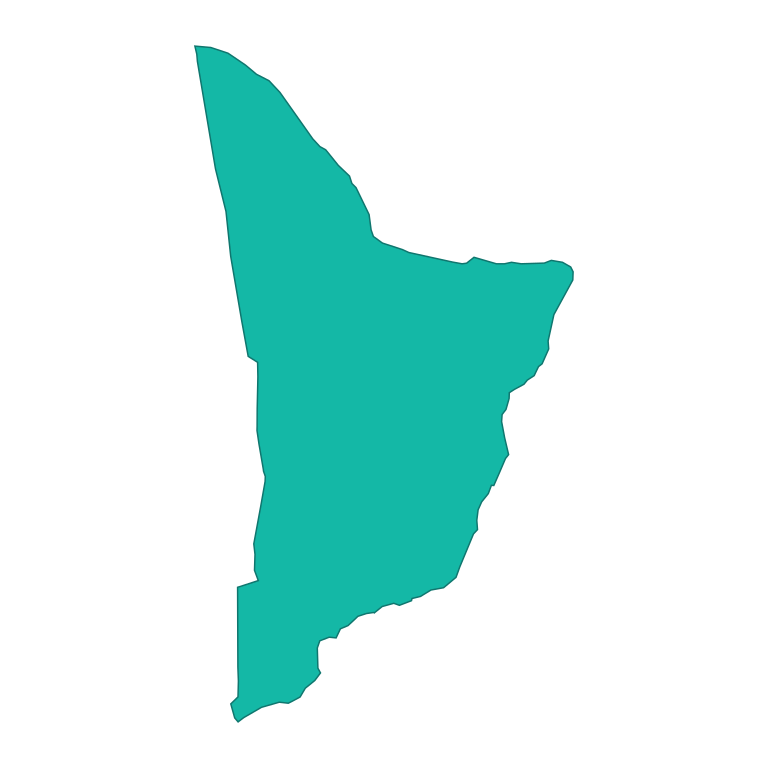 Yigo, Guam (Albers equal-area conic projection)
{"feature_id": "77769853B33377803133936", "entity_name": "Yigo", "entity_type": "district", "adm_level": 2, "iso_a3": "GUM", "parent_name": "Guam", "parent_adm1": "", "projection": "albers", "projection_center": [144.906, 13.57], "detail": "fine", "context": "isolated", "style": "filled", "palette": "teal", "viewbox_px": 768, "rotation_deg": 0, "n_neighbors": 0, "source": "geoboundaries", "source_scale": "gbopen_adm2", "svg_char_len": 1707}
<svg xmlns="http://www.w3.org/2000/svg" viewBox="0 0 768 768"><path d="M237.9,667.2L238.4,681.1L238.0,696.9L230.8,703.9L234.7,717.9L238.1,721.9L241.1,719.6L243.9,717.5L261.5,707.3L279.3,702.2L288.3,703.2L291.7,701.5L300.1,697.0L305.3,688.2L314.8,680.5L320.5,672.9L317.9,668.2L317.3,648.0L319.8,640.8L329.2,637.2L336.1,637.9L340.4,628.8L348.0,625.6L354.9,619.2L357.9,616.3L366.5,613.5L373.5,612.5L373.9,612.6L374.3,612.9L375.1,612.2L375.5,611.9L382.2,606.5L393.8,603.3L399.4,605.3L411.5,600.7L412.0,598.5L420.6,596.4L422.8,595.0L431.0,590.0L438.8,588.6L443.6,587.7L455.1,578.1L456.0,577.4L459.7,567.1L473.5,533.9L477.5,529.6L476.8,520.3L478.1,509.8L481.7,501.8L488.3,493.6L491.4,485.3L493.8,485.5L499.2,473.2L505.5,458.5L508.6,454.6L504.6,437.6L501.6,421.6L502.1,414.5L506.0,409.4L509.1,398.5L509.3,392.7L514.4,389.4L524.0,384.2L527.3,380.1L534.2,375.6L535.5,372.8L538.5,366.6L542.1,363.8L548.7,348.9L548.1,341.0L553.9,314.6L572.8,280.0L573.1,271.8L570.7,267.0L562.5,262.3L551.3,260.4L544.3,263.1L521.2,263.8L511.5,262.3L504.5,263.8L496.4,263.8L474.0,257.3L466.6,263.2L462.1,263.8L452.7,262.1L408.8,252.5L402.5,249.6L382.5,243.1L381.1,242.1L373.4,236.5L371.1,229.9L369.1,214.6L356.0,187.6L351.9,183.5L349.5,176.1L338.2,165.3L334.2,160.3L325.7,149.8L319.9,146.6L312.7,138.8L295.2,114.0L280.0,92.5L269.1,80.8L256.5,74.3L245.5,65.1L228.0,53.2L210.8,47.5L194.9,46.1L196.8,54.2L197.4,61.4L215.5,168.9L226.0,211.5L230.7,256.3L241.8,321.3L248.2,356.4L257.6,362.3L257.9,376.8L257.2,408.6L257.1,426.5L257.0,430.5L259.0,444.1L263.3,469.2L263.5,471.1L265.3,476.4L265.1,481.5L260.7,506.5L253.8,543.9L255.0,554.4L254.5,570.3L258.3,580.6L237.6,587.3L237.9,667.2Z" fill="#14b8a6" stroke="#0f766e" stroke-width="1.5"/></svg>